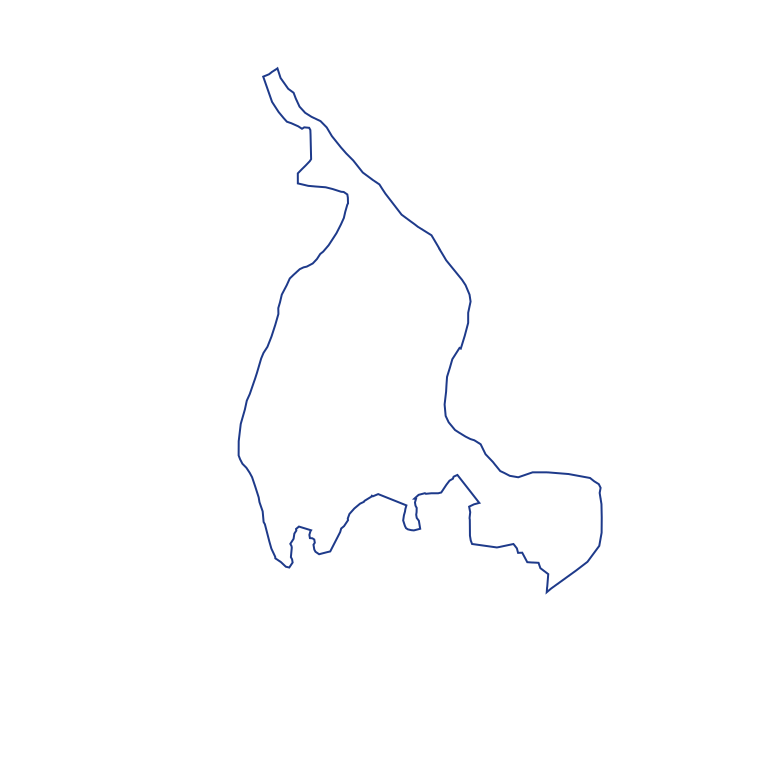 Alfath, Asyut, Egypt, rotated 213°
{"feature_id": "37247803B50219622339720", "entity_name": "Alfath", "entity_type": "district", "adm_level": 2, "iso_a3": "EGY", "parent_name": "Egypt", "parent_adm1": "Asyut", "projection": "natural_earth1", "projection_center": [31.209, 27.218], "detail": "fine", "context": "isolated", "style": "outline", "palette": "blue", "viewbox_px": 768, "rotation_deg": 213, "n_neighbors": 0, "source": "geoboundaries", "source_scale": "gbopen_adm2", "svg_char_len": 3622}
<svg xmlns="http://www.w3.org/2000/svg" viewBox="0 0 768 768"><g transform="rotate(213 384 384)"><path d="M134.1,298.0L132.4,303.6L121.3,332.2L116.5,345.7L115.3,365.5L120.5,377.8L128.6,390.5L136.2,401.7L140.0,405.9L140.1,406.1L140.3,406.2L143.8,410.1L145.8,414.9L149.3,417.0L154.8,416.9L160.0,417.4L180.2,409.0L198.5,399.1L211.3,390.8L220.6,378.9L228.5,375.5L234.7,374.9L239.1,374.3L246.2,376.6L246.3,376.6L250.1,377.9L260.6,380.4L270.1,386.1L277.6,386.0L281.5,384.9L287.0,384.3L294.5,384.1L299.4,384.1L308.9,387.1L314.9,390.8L322.0,399.8L327.8,411.5L330.9,416.9L335.0,424.3L337.6,433.5L340.2,442.0L340.3,455.4L338.9,455.5L339.6,458.1L342.5,468.3L346.7,481.1L352.2,489.6L356.3,500.3L360.9,505.5L369.4,511.3L375.3,513.9L399.2,521.6L402.8,523.4L407.3,525.6L410.7,527.2L410.6,527.3L414.7,529.4L425.2,534.6L425.3,534.6L430.9,534.5L441.1,534.3L441.3,534.3L444.7,534.6L446.1,534.7L450.2,534.9L461.5,535.6L486.5,544.4L492.0,546.8L495.9,548.6L496.6,548.9L504.3,549.0L517.0,549.8L531.5,554.7L541.3,556.8L549.1,559.0L562.7,563.5L571.8,568.0L580.4,569.9L590.3,568.6L597.8,568.5L605.9,570.6L613.5,575.4L618.4,579.0L625.1,579.4L637.4,584.3L645.3,590.7L645.7,589.6L647.9,584.8L649.1,581.2L650.8,578.7L652.7,576.0L631.5,559.6L620.5,554.7L612.8,552.3L608.3,551.1L605.0,551.9L603.9,552.2L596.2,553.4L595.1,553.4L591.8,553.4L591.6,553.7L590.7,555.8L586.3,558.1L584.1,556.9L581.4,553.1L567.6,532.9L567.6,530.5L568.7,524.6L569.8,519.7L571.0,513.7L565.5,505.3L561.4,506.8L558.9,507.7L555.5,508.9L548.9,512.4L544.5,514.8L540.1,517.2L533.4,519.5L524.6,521.9L522.4,523.1L518.0,523.0L515.8,520.6L512.5,515.8L512.5,514.6L511.0,509.7L510.3,507.4L508.1,501.4L507.0,494.2L506.0,484.6L506.0,470.3L507.1,461.9L508.3,458.3L508.3,452.3L509.4,446.3L512.7,440.4L515.0,438.0L517.2,434.4L519.4,426.0L519.7,424.6L520.5,421.2L519.4,414.0L518.4,403.3L515.7,395.8L514.0,390.1L510.7,385.2L507.4,374.4L504.2,362.5L502.0,351.7L502.0,344.5L500.9,338.5L496.6,324.1L494.9,317.8L494.4,315.7L491.1,302.5L490.0,295.3L486.8,286.9L482.4,272.5L474.7,256.9L467.0,244.9L463.7,242.5L459.3,240.0L453.8,238.8L448.3,236.4L443.9,234.0L436.2,227.9L427.4,220.7L424.1,217.1L416.4,211.1L409.8,202.7L407.5,201.5L394.3,189.4L388.8,184.6L381.1,179.8L380.2,178.6L373.4,178.5L366.8,177.3L363.5,178.5L363.4,184.5L365.6,186.9L367.8,188.1L372.2,196.5L373.3,197.7L375.5,198.9L375.5,204.9L377.7,209.7L377.7,213.3L378.8,214.5L377.7,218.1L373.5,219.3L365.5,221.6L365.5,220.4L364.4,216.8L363.3,215.6L362.2,214.4L360.0,215.6L357.8,215.6L355.6,213.2L355.6,210.8L352.3,207.2L350.1,206.0L345.7,205.9L344.6,207.1L340.2,211.9L337.9,214.3L340.1,235.9L341.2,239.5L340.1,243.0L340.0,250.2L341.1,251.4L342.2,256.2L341.1,263.4L338.9,270.6L336.7,274.2L336.7,275.4L333.3,282.5L333.3,283.7L332.2,283.7L328.9,288.5L310.3,292.2L299.1,294.4L298.0,290.8L296.9,288.4L295.8,284.8L293.6,280.0L289.2,276.4L287.0,275.1L284.8,275.1L281.5,276.3L279.2,277.5L278.1,278.7L275.9,281.1L274.8,282.3L277.0,284.7L280.3,288.3L283.6,289.5L285.8,291.9L286.9,294.3L289.1,297.9L291.3,299.1L293.5,301.5L294.6,305.1L296.1,304.3L294.6,309.9L290.2,314.7L289.1,314.7L284.6,318.3L279.1,321.8L276.9,324.2L276.8,333.5L276.4,338.6L274.6,342.2L275.1,343.6L274.9,344.6L274.3,345.5L272.9,347.7L240.3,336.5L239.3,336.2L243.0,332.1L245.8,327.5L243.6,325.2L241.9,323.5L239.2,318.1L238.1,316.9L229.3,303.6L226.0,300.0L223.0,297.8L200.3,308.4L198.7,309.9L188.3,320.3L186.7,319.8L183.0,318.5L179.6,315.4L176.2,317.8L166.8,312.6L163.2,314.6L159.3,316.9L157.0,318.2L156.1,317.5L155.1,316.7L152.5,314.7L150.9,314.6L142.7,314.0L136.8,303.1L136.4,302.2L135.6,300.7L135.1,299.8L134.2,298.2L134.1,298.0Z" fill="none" stroke="#1e3a8a" stroke-width="2"/></g></svg>